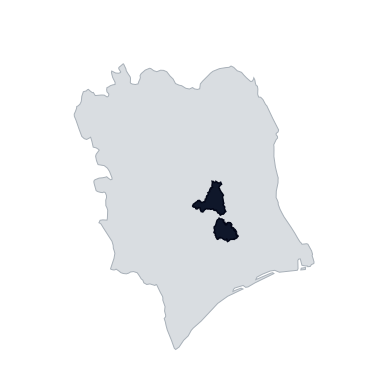 Belier, Lacs, Ivory Coast shown in context, rotated 341°
{"feature_id": "98640826B5123145245776", "entity_name": "Belier", "entity_type": "district", "adm_level": 2, "iso_a3": "CIV", "parent_name": "Ivory Coast", "parent_adm1": "Lacs", "projection": "equal_earth", "projection_center": [-5.056, 6.922], "detail": "fine", "context": "in_parent", "style": "filled", "palette": "ink", "viewbox_px": 384, "rotation_deg": 341, "n_neighbors": 0, "source": "geoboundaries", "source_scale": "gbopen_adm2", "svg_char_len": 9252}
<svg xmlns="http://www.w3.org/2000/svg" viewBox="0 0 384 384"><g transform="rotate(341 192 192)"><path d="M110.9,73.6L111.9,73.6L114.5,72.6L116.8,70.3L119.0,65.6L121.9,61.8L125.2,62.0L126.2,61.3L127.4,61.2L128.8,63.7L130.1,65.6L131.1,65.7L131.9,69.3L137.9,70.8L140.5,71.8L142.6,74.4L143.4,74.5L144.3,74.0L145.0,73.0L145.2,72.0L144.2,69.6L144.6,67.5L145.6,65.6L147.2,65.5L149.5,64.9L152.2,64.9L154.2,65.3L155.0,63.3L154.3,58.0L154.5,55.0L154.8,52.5L155.5,51.5L158.5,54.6L161.2,55.8L163.2,55.8L163.7,55.3L162.9,51.8L163.1,50.8L163.9,50.2L165.1,49.8L168.6,48.4L169.0,48.7L169.6,54.1L169.3,55.9L170.1,59.6L171.0,63.0L170.9,64.4L170.1,66.5L169.3,68.4L169.4,69.2L170.7,70.5L173.4,71.9L176.2,72.2L177.7,70.2L179.3,68.6L180.4,67.1L180.8,65.0L182.5,63.5L187.5,61.5L192.1,61.2L193.2,61.8L195.3,64.8L197.9,66.8L201.9,66.6L204.8,67.8L207.3,70.1L209.0,75.2L210.9,78.9L211.7,84.1L214.6,86.8L216.8,88.1L219.9,91.9L223.1,93.8L226.5,93.4L228.0,95.4L230.5,96.8L232.9,96.9L235.1,92.5L238.0,90.7L245.2,87.2L248.1,85.7L251.0,84.7L258.0,84.3L264.5,85.4L267.7,86.2L269.9,85.6L272.0,87.7L274.2,92.1L276.0,93.5L277.8,95.0L279.1,98.4L280.7,101.8L281.6,103.4L283.5,106.7L285.2,106.8L286.9,105.3L287.6,104.2L287.9,106.5L287.3,110.1L287.4,112.3L288.3,113.2L287.8,116.1L285.9,121.0L285.9,123.9L287.8,124.8L289.2,127.8L290.0,133.1L290.8,134.9L290.9,135.9L292.3,148.7L294.1,161.5L293.0,163.2L291.5,163.7L290.5,164.2L290.2,165.4L290.9,167.2L290.5,168.8L288.6,169.9L284.6,174.0L284.3,175.6L283.2,179.0L282.4,181.2L281.0,185.1L279.0,195.5L278.2,204.1L278.1,206.7L277.3,208.6L276.4,211.2L272.0,218.6L269.7,224.7L270.0,227.3L270.1,229.9L269.5,231.8L269.6,236.9L270.2,241.2L270.9,245.4L274.1,257.2L275.8,264.4L276.9,270.2L277.8,274.1L278.6,275.7L279.0,277.2L283.7,278.3L284.6,279.1L285.9,286.7L285.7,290.1L284.8,291.4L284.8,294.3L284.6,297.9L283.9,299.3L281.3,299.5L279.5,300.9L277.1,300.3L276.9,299.4L275.6,299.1L272.1,297.1L272.6,290.5L271.0,290.2L269.8,291.1L267.3,299.0L266.1,300.3L248.5,296.3L244.7,293.0L240.2,292.2L232.2,292.6L225.7,293.6L223.8,295.6L240.3,294.4L242.1,294.6L242.9,295.8L222.0,298.4L214.0,300.0L211.7,299.6L209.9,297.0L201.2,296.7L199.4,297.6L198.3,299.4L201.7,299.0L207.1,298.9L208.6,300.3L191.7,302.2L180.0,305.7L175.0,308.4L158.7,317.0L148.8,321.1L146.2,322.6L141.6,326.8L135.8,329.5L129.3,334.4L125.3,335.6L124.4,334.0L124.3,325.6L123.7,314.3L124.0,310.0L124.5,305.9L124.5,302.6L126.5,301.3L127.0,299.9L127.3,295.6L129.2,291.6L129.2,284.7L129.8,283.2L130.2,281.4L129.4,276.8L128.4,268.2L127.9,267.7L127.4,268.1L126.4,268.2L122.3,265.2L119.1,264.7L116.9,262.2L116.8,259.3L115.7,257.6L115.0,254.3L113.9,250.5L110.8,248.2L107.8,247.6L105.8,248.1L103.3,248.0L100.5,246.7L98.6,245.2L96.8,242.4L95.1,240.2L93.7,240.5L92.1,240.0L90.5,238.9L89.9,238.2L96.7,229.3L99.1,224.9L99.3,222.3L99.3,219.6L100.1,216.8L100.3,212.6L96.6,197.4L95.6,192.7L94.6,191.3L94.0,190.8L95.9,188.8L98.5,189.3L102.5,190.9L103.4,189.4L106.4,181.7L106.4,178.8L106.1,176.9L107.8,171.6L109.3,169.6L110.0,167.4L109.8,164.4L108.7,163.3L107.3,163.5L105.6,162.7L103.1,161.0L101.8,159.5L102.2,152.5L102.5,150.4L103.4,149.1L104.8,148.8L108.7,148.6L111.9,149.4L114.8,149.8L116.3,149.8L117.5,151.9L119.1,154.0L120.5,154.0L121.0,152.4L120.7,145.6L119.8,141.9L117.6,138.5L112.1,135.5L111.9,131.3L112.5,126.8L113.7,125.1L117.9,122.2L117.1,120.7L115.8,119.1L113.2,117.4L113.8,112.0L114.0,107.2L111.7,107.7L109.5,108.0L107.5,106.5L105.9,103.6L105.7,95.6L105.7,86.3L105.4,82.1L106.0,80.0L108.0,77.9L110.1,75.3L110.9,73.6ZM274.8,300.4L273.9,302.2L269.5,301.1L270.5,299.6L274.8,300.4Z" fill="#d9dde1" stroke="#a8b0b8" stroke-width="1"/><path d="M222.0,192.0L221.6,192.3L221.5,192.5L221.2,192.6L220.6,192.4L220.4,192.2L220.0,192.1L219.9,192.0L219.7,192.3L219.4,192.1L219.4,191.6L219.2,191.1L218.8,190.8L218.1,189.8L217.7,190.5L217.0,190.4L216.7,190.2L216.4,190.5L216.3,190.4L216.0,190.1L215.6,189.5L215.4,188.8L215.2,188.7L214.8,188.7L214.5,188.5L214.4,190.0L214.1,190.1L213.8,190.9L213.3,191.7L213.3,192.0L213.0,192.4L213.1,192.8L213.1,193.4L213.1,194.2L212.9,194.3L212.6,194.1L212.2,194.2L211.9,193.9L211.6,194.0L211.1,194.7L211.0,195.0L210.6,194.6L209.8,195.4L209.0,196.5L208.9,197.2L208.5,197.7L208.2,197.7L207.8,197.5L207.4,197.7L207.2,197.9L206.8,197.9L206.9,198.4L206.7,198.9L206.7,199.2L206.7,199.4L205.7,200.2L205.3,200.4L204.9,200.3L204.7,200.6L204.6,200.8L204.3,201.0L204.1,201.2L203.8,201.8L203.8,202.1L203.6,202.7L203.1,203.3L202.8,203.2L202.4,203.0L201.5,204.4L200.9,205.6L200.7,205.6L200.5,205.3L200.2,205.3L199.9,205.1L199.3,205.1L198.9,205.3L197.8,205.2L197.5,205.1L197.3,204.7L197.0,203.5L196.8,203.3L196.3,203.4L196.1,203.1L196.2,202.5L196.0,202.2L195.6,202.2L195.3,202.3L195.1,202.2L194.9,202.3L194.6,202.1L193.9,202.7L191.6,203.2L191.1,203.7L190.3,203.7L190.1,203.9L189.3,204.0L188.9,204.5L188.8,204.9L188.8,205.2L188.6,205.5L188.4,205.3L188.1,205.3L188.0,205.5L188.0,205.9L188.1,206.1L188.8,206.9L189.3,207.0L189.8,207.4L190.1,207.4L190.5,207.6L190.5,208.2L190.2,208.6L190.2,208.9L190.2,209.0L191.0,209.6L191.3,209.6L191.6,209.7L191.9,209.6L192.1,209.6L192.3,209.5L192.4,209.1L192.5,209.0L193.1,208.8L194.1,209.5L194.5,209.7L194.6,209.9L194.3,210.4L194.3,210.8L194.1,210.9L194.1,211.1L194.2,212.6L194.3,212.9L194.3,213.5L194.9,213.8L195.1,214.0L195.5,214.1L195.7,214.4L195.8,214.4L195.9,214.1L196.1,214.0L197.2,213.6L198.1,212.8L198.5,212.8L198.6,212.7L199.4,212.7L200.1,212.4L201.1,212.8L201.3,213.2L201.5,213.3L201.8,213.4L202.4,213.3L202.9,213.4L203.2,213.7L203.3,213.9L203.6,214.3L204.0,214.4L204.6,214.6L204.8,214.6L205.1,214.6L205.5,214.7L205.8,214.6L206.0,214.5L206.5,214.7L206.5,214.9L206.4,214.9L206.4,215.1L206.5,215.5L206.7,216.1L206.9,216.1L207.0,216.4L207.4,216.4L207.5,216.7L207.6,216.8L207.8,216.7L208.0,217.0L208.8,217.0L208.9,217.4L209.0,217.4L209.1,217.8L209.3,217.9L209.3,218.3L209.5,218.7L209.5,219.1L209.6,219.3L209.6,219.6L209.8,220.0L209.7,220.1L209.8,220.4L210.2,220.5L210.5,220.9L211.0,220.9L211.1,221.2L210.9,221.4L211.0,221.6L211.0,221.9L211.1,222.4L211.3,222.7L211.2,223.1L211.4,223.3L211.6,223.4L211.6,223.5L211.7,223.3L211.7,223.2L212.6,222.7L213.8,222.9L214.2,223.1L214.3,223.0L214.5,223.0L214.9,222.9L215.7,222.4L215.9,222.0L216.7,221.4L217.0,221.7L217.6,221.5L217.6,221.1L217.5,220.9L217.3,220.4L217.3,219.9L217.4,219.5L217.3,219.3L217.3,218.9L217.2,218.7L217.2,218.4L218.1,216.8L217.1,214.2L217.9,213.6L218.0,213.3L218.4,213.1L218.5,211.1L218.8,209.8L219.0,208.7L219.0,208.0L219.1,207.7L219.1,207.1L219.5,206.2L220.6,205.3L220.7,205.2L220.3,204.4L220.3,203.6L220.2,203.2L219.7,202.1L219.1,199.2L219.1,197.8L218.8,197.0L218.7,196.7L218.8,196.4L221.2,194.6L221.9,194.5L222.5,194.3L222.4,193.2L222.2,192.7L222.3,192.4L222.3,192.1L222.0,192.0ZM221.2,248.8L221.2,248.4L221.0,247.8L220.5,247.3L220.2,247.3L219.9,247.4L219.8,247.0L219.8,246.8L220.2,246.8L219.9,246.4L219.9,246.0L220.5,245.8L220.7,245.4L220.2,245.3L220.1,245.0L220.1,244.9L220.4,244.7L220.4,244.1L220.5,244.0L220.7,243.8L220.9,243.7L220.6,243.4L220.2,243.3L220.0,243.2L220.2,242.9L220.3,242.9L220.6,243.0L220.8,242.9L220.6,242.5L220.3,242.5L219.9,242.3L219.7,242.2L220.0,241.8L220.0,241.5L220.2,241.4L219.6,241.1L219.3,241.2L219.2,241.2L219.3,240.4L219.6,240.4L219.8,240.3L219.7,240.0L219.6,239.7L219.4,239.5L219.4,239.4L219.1,239.3L218.7,238.8L218.3,239.1L218.1,239.1L217.8,239.1L217.6,239.0L217.6,238.7L217.9,238.6L217.9,238.4L217.7,238.1L218.2,237.1L218.0,236.7L217.9,236.2L218.7,236.1L219.0,236.0L219.0,235.7L218.6,234.9L218.8,234.7L218.7,234.5L218.4,234.3L218.2,234.0L218.3,233.6L217.0,232.9L216.6,232.8L216.2,232.6L215.5,232.6L215.1,232.8L215.0,233.0L214.8,233.3L214.5,233.4L214.2,233.3L213.9,233.9L214.0,234.0L214.3,233.9L214.2,234.2L213.8,234.2L213.7,234.0L213.3,234.1L213.1,233.9L212.9,233.9L212.7,233.5L212.6,233.3L212.6,232.8L212.7,232.6L212.8,232.6L212.9,232.8L213.0,233.1L213.2,232.9L213.1,232.6L213.1,232.0L213.1,231.9L212.8,232.1L212.7,232.0L212.7,231.9L212.8,231.9L212.6,231.8L212.7,231.4L212.0,231.0L212.0,230.6L212.2,230.3L212.0,230.2L212.1,229.9L212.3,230.0L212.2,229.5L212.8,229.2L212.9,228.7L212.4,228.5L212.0,228.3L211.5,227.5L211.5,227.4L211.5,227.2L210.7,227.0L210.1,226.7L209.7,226.6L209.4,226.4L209.1,225.6L208.5,226.2L208.0,226.4L207.0,226.6L206.4,227.2L206.1,227.4L204.1,230.4L203.2,231.5L201.5,232.3L201.5,232.7L201.2,233.3L201.1,233.8L201.2,234.3L201.1,234.9L201.2,235.1L201.2,235.3L200.8,235.9L200.5,236.2L200.4,236.6L200.1,236.8L199.6,237.2L199.7,237.7L199.8,238.1L200.5,238.3L200.6,238.5L200.5,239.4L200.3,239.8L200.0,240.1L199.9,240.3L200.0,240.7L200.2,241.1L200.2,241.6L200.1,242.0L200.0,242.7L200.1,243.1L200.3,243.4L200.3,243.8L200.5,244.3L200.4,244.6L200.5,244.8L200.7,245.0L201.0,244.9L201.1,245.0L201.3,245.0L201.6,245.0L202.0,244.8L202.5,244.2L203.5,244.0L203.8,244.1L203.8,244.3L203.9,244.2L204.6,244.5L205.9,246.1L206.4,247.0L206.8,247.2L207.6,248.2L207.8,248.1L208.2,248.2L209.0,247.8L209.4,247.7L209.8,248.0L209.8,248.4L209.5,248.9L209.2,249.2L209.3,249.8L209.3,250.1L209.4,250.4L210.4,250.2L210.7,250.3L211.1,250.0L211.9,249.7L212.1,249.5L212.9,249.3L216.4,250.4L216.5,250.5L216.8,250.3L216.9,250.2L216.6,250.0L216.7,249.7L216.8,249.7L217.2,250.2L217.6,250.1L218.0,250.3L219.0,250.0L219.4,249.7L219.6,249.8L219.8,249.5L220.1,249.4L220.4,248.9L220.5,248.8L220.6,248.5L221.1,248.9L221.2,248.8Z" fill="#0f172a" stroke="#020617" stroke-width="1.5"/></g></svg>